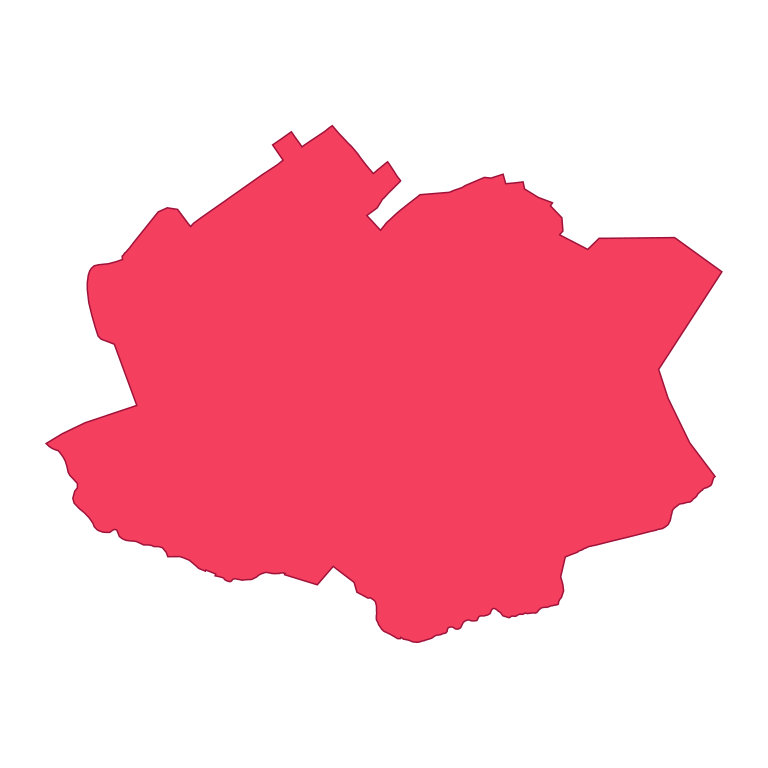 the district of Sitalá, Chiapas, Mexico
{"feature_id": "50627088B7924779316969", "entity_name": "Sitalá", "entity_type": "district", "adm_level": 2, "iso_a3": "MEX", "parent_name": "Mexico", "parent_adm1": "Chiapas", "projection": "albers", "projection_center": [-92.346, 17.038], "detail": "fine", "context": "isolated", "style": "filled", "palette": "rose", "viewbox_px": 768, "rotation_deg": 0, "n_neighbors": 0, "source": "geoboundaries", "source_scale": "gbopen_adm2", "svg_char_len": 6094}
<svg xmlns="http://www.w3.org/2000/svg" viewBox="0 0 768 768"><path d="M177.6,209.4L167.3,207.8L158.2,211.9L134.0,242.1L129.4,248.1L126.9,250.9L126.0,252.1L124.9,252.8L124.5,253.3L123.6,254.8L122.6,255.8L122.1,256.2L122.2,256.7L122.3,257.8L122.4,258.4L122.5,259.5L115.0,262.0L108.2,263.8L105.8,264.0L102.9,264.3L98.4,264.8L94.2,265.8L91.4,268.3L89.7,270.9L88.3,275.1L87.3,282.5L87.3,289.5L88.8,302.7L91.9,315.5L95.4,327.7L98.1,336.1L101.0,339.1L114.3,344.2L136.8,405.4L85.2,422.7L62.3,433.7L46.1,443.5L49.1,446.4L52.0,448.3L55.1,449.7L58.3,450.7L60.9,453.9L63.6,457.8L65.4,461.4L66.9,466.3L68.2,472.4L69.9,475.4L74.4,480.2L77.4,483.5L77.4,487.8L74.7,491.2L72.8,498.3L74.1,503.1L79.4,508.7L84.5,512.9L89.0,517.6L91.3,520.8L93.0,523.4L94.2,526.7L97.0,529.6L98.6,530.6L102.7,532.1L106.1,532.4L109.7,532.4L112.7,530.2L114.7,529.4L116.7,529.9L118.0,533.0L119.3,536.4L122.2,538.7L125.9,540.3L130.3,540.9L133.6,541.1L136.3,541.5L139.6,543.0L143.6,544.9L148.1,544.9L151.4,545.4L154.2,546.6L158.6,546.6L162.4,547.7L166.2,552.3L167.8,556.7L179.8,556.6L183.0,557.6L186.6,559.1L189.3,560.2L194.3,564.4L198.9,568.5L204.1,570.6L205.4,571.2L205.8,570.0L215.8,574.0L215.1,575.8L219.8,576.8L223.7,578.0L224.4,579.3L225.4,580.1L226.5,580.7L227.5,581.0L228.5,581.4L229.5,581.6L230.7,581.5L231.7,580.8L232.6,579.4L233.8,578.9L235.5,578.8L236.9,579.1L239.1,579.5L241.2,580.0L242.9,580.2L244.7,579.8L246.0,579.8L247.6,579.6L250.8,579.6L252.9,578.9L254.8,577.9L256.9,576.8L257.7,576.0L259.2,574.9L260.2,574.3L262.0,573.6L263.9,572.9L265.8,572.4L267.7,572.6L269.8,573.0L272.0,573.5L274.0,573.6L275.6,573.7L277.0,573.4L278.5,573.6L279.1,573.5L280.8,573.0L281.6,573.0L282.6,572.9L283.5,572.9L283.9,573.2L285.2,573.4L284.6,574.7L317.3,584.8L333.2,566.4L354.1,582.4L356.9,592.2L368.0,598.1L370.4,597.8L372.4,599.1L374.5,600.6L375.4,601.9L376.5,606.1L376.5,610.8L376.7,613.6L376.4,615.2L376.3,617.7L376.4,619.7L377.9,622.6L378.6,624.7L380.1,626.8L380.9,628.1L381.8,629.3L383.3,630.8L384.6,631.7L386.4,632.4L388.3,633.4L390.7,634.5L392.3,635.5L394.4,636.7L397.5,638.6L400.2,638.7L400.8,637.3L403.6,639.2L406.7,639.7L410.1,640.7L412.8,641.9L414.5,642.0L416.7,642.3L418.1,642.2L419.5,641.9L421.0,641.6L421.7,641.0L423.9,640.8L425.7,640.0L427.3,639.6L429.9,638.8L431.9,638.1L433.2,637.1L434.8,636.0L436.6,635.2L438.5,635.0L440.0,634.8L441.2,634.5L442.3,633.9L443.5,633.5L444.9,633.3L446.0,632.8L447.1,631.5L447.3,629.9L447.9,628.4L448.3,627.6L449.1,627.4L450.4,627.0L452.1,627.0L453.4,627.5L454.6,628.4L455.7,629.0L456.5,629.1L457.8,629.1L458.9,628.8L459.9,628.2L460.8,627.5L462.0,624.9L463.0,622.9L463.6,622.3L464.6,621.2L466.3,620.5L467.4,620.1L468.3,620.0L469.3,620.0L469.9,620.3L470.9,620.7L471.8,620.9L472.9,620.9L474.8,620.8L475.9,620.8L477.0,620.4L477.2,619.8L477.8,618.9L478.2,617.9L478.6,617.1L479.2,616.5L479.8,616.2L480.8,615.9L482.2,615.9L483.0,615.9L484.1,615.9L484.9,615.7L485.6,615.5L486.6,615.3L487.5,615.0L488.2,614.7L489.1,614.1L490.0,613.6L490.4,613.1L490.7,612.0L491.1,611.0L491.4,610.2L492.2,609.3L492.8,608.6L493.9,608.5L495.0,608.7L496.1,609.3L496.9,609.9L497.7,610.5L498.1,611.1L498.8,611.5L499.6,611.9L500.6,612.6L501.0,613.3L502.9,615.8L504.5,616.3L505.1,616.5L506.4,616.8L507.2,617.2L509.0,617.7L509.5,617.6L510.4,617.0L511.0,616.5L512.2,616.1L512.7,616.1L514.1,616.3L515.8,616.2L516.9,615.7L517.2,615.4L518.2,614.7L519.7,614.3L523.0,614.3L525.0,613.1L527.4,613.6L528.5,613.4L529.2,613.4L530.4,613.2L531.9,613.0L533.6,612.9L534.4,613.0L535.3,613.1L536.9,612.5L537.4,611.7L538.3,610.8L539.3,609.5L540.9,608.4L541.4,607.9L543.1,607.5L545.0,607.3L546.7,607.3L548.0,607.0L548.7,606.8L550.3,606.1L551.4,605.8L552.6,605.7L554.0,605.2L555.3,605.1L556.2,605.0L556.6,604.8L557.5,604.6L558.3,604.2L558.5,603.0L558.6,601.8L559.1,600.8L559.4,600.2L560.0,599.1L560.6,598.5L561.4,597.4L561.7,596.7L563.6,590.8L562.8,584.3L560.7,576.8L565.3,557.0L569.3,555.3L576.2,552.7L577.8,552.0L578.3,551.5L579.0,550.9L581.8,550.0L584.0,548.7L586.0,547.9L588.0,546.9L589.8,546.3L591.1,546.2L593.2,545.6L595.2,545.3L609.6,541.6L629.0,536.9L647.6,532.2L651.3,531.2L653.7,530.8L655.0,530.3L655.9,530.3L657.7,529.5L658.8,529.2L660.7,529.0L661.7,528.6L662.6,528.6L663.8,527.6L664.2,527.6L665.5,526.7L666.2,526.2L666.8,525.6L667.8,524.9L668.5,524.0L669.2,522.4L670.1,520.8L670.3,519.9L670.8,518.1L671.0,516.4L671.5,514.6L672.0,512.9L672.1,511.7L672.6,510.3L673.3,509.2L674.5,507.9L679.4,504.1L681.9,503.6L683.1,503.6L685.2,502.9L687.6,502.3L688.7,502.2L690.1,502.0L690.6,501.6L691.6,501.0L692.2,500.3L693.0,499.2L693.5,498.8L695.3,497.5L696.5,496.3L697.7,494.2L698.3,493.5L700.2,491.8L700.8,491.0L702.5,490.1L703.1,489.0L704.7,488.1L706.4,487.8L707.6,487.1L708.7,486.7L710.8,485.4L711.9,483.5L712.4,481.8L712.6,481.1L712.9,480.1L713.3,478.8L713.7,477.7L715.1,476.5L689.7,442.8L682.4,427.8L668.1,398.3L658.7,369.5L658.6,369.2L659.2,368.6L721.9,271.8L674.6,237.6L605.9,238.3L599.1,238.3L587.7,249.4L559.6,234.8L562.9,231.0L561.9,217.8L550.5,205.9L552.5,202.8L538.2,197.4L524.5,188.9L523.1,181.9L514.8,182.9L505.7,183.7L503.1,174.2L491.0,178.1L484.4,177.4L465.2,185.6L462.0,187.6L453.6,190.5L449.4,192.3L420.0,194.7L416.5,197.6L409.3,203.1L406.2,205.6L401.3,209.5L398.6,211.7L395.3,214.6L390.3,219.3L390.1,219.6L387.9,221.4L385.5,223.9L384.5,225.4L383.5,226.5L380.5,230.3L376.8,226.3L372.8,221.9L366.8,215.5L377.2,207.9L382.4,199.4L384.4,197.5L386.0,195.8L388.5,193.0L394.5,187.1L397.2,184.4L399.9,181.7L400.6,180.8L399.7,179.5L397.2,176.4L392.7,169.3L388.2,162.5L387.6,161.8L386.0,163.0L377.6,169.9L373.3,173.6L370.4,170.2L369.4,169.1L366.0,164.9L360.2,157.4L358.1,154.3L354.6,150.0L352.5,147.6L350.8,145.7L348.6,143.7L345.9,140.8L340.8,135.4L339.1,133.7L335.2,129.1L332.3,125.7L329.5,127.6L328.0,128.8L324.8,131.4L318.2,135.8L309.8,141.4L307.6,142.9L303.9,145.4L302.0,146.9L299.6,143.4L294.8,136.8L292.3,133.1L291.3,131.8L287.8,134.3L287.4,134.6L280.9,139.2L280.2,139.7L278.0,141.2L277.6,141.5L272.6,144.9L281.3,157.6L283.1,160.1L277.6,164.6L262.4,174.6L262.1,174.8L221.1,203.7L206.5,213.9L201.4,217.5L198.5,219.6L196.4,221.2L193.6,223.2L190.7,226.5L188.4,223.9L177.6,209.4Z" fill="#f43f5e" stroke="#9f1239" stroke-width="1.5"/></svg>